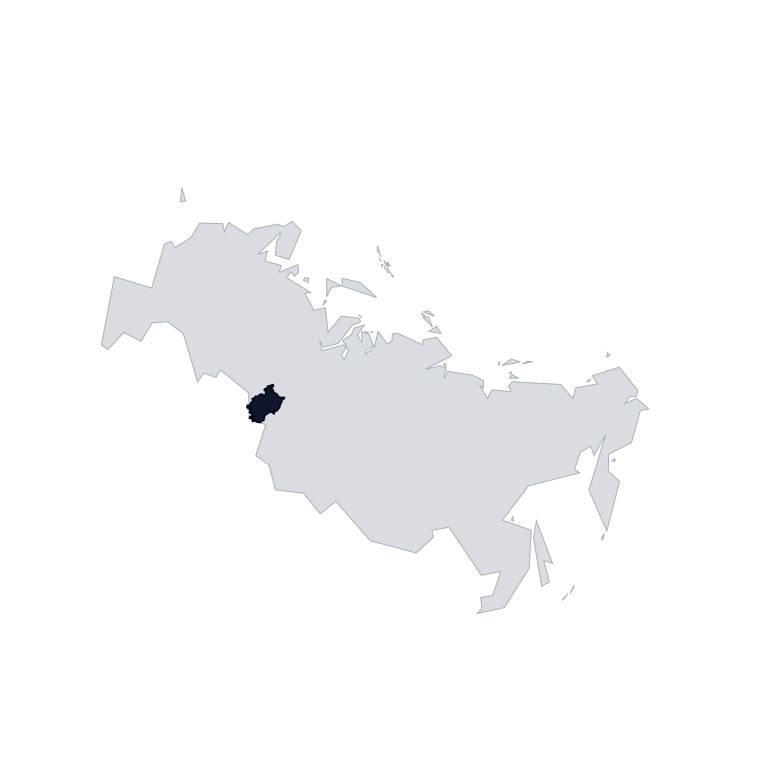 location of Omsk within Russia, rotated 50°
{"feature_id": "RUS-2397", "entity_name": "Omsk", "entity_type": "Region", "adm_level": 1, "iso_a3": "RUS", "parent_name": "Russia", "parent_adm1": "", "projection": "albers", "projection_center": [72.959, 56.006], "detail": "fine", "context": "in_parent", "style": "filled", "palette": "ink", "viewbox_px": 768, "rotation_deg": 50, "n_neighbors": 0, "source": "natural_earth", "source_scale": "10m", "svg_char_len": 8838}
<svg xmlns="http://www.w3.org/2000/svg" viewBox="0 0 768 768"><g transform="rotate(50 384 384)"><path d="M632.6,435.6L619.6,460.3L619.1,453.4L609.7,447.1L615.9,436.7L602.6,414.9L593.2,432.4L535.5,426.2L526.9,441.4L533.1,444.5L534.0,468.1L495.5,495.2L442.9,496.4L442.4,516.3L416.0,515.8L395.2,535.3L372.5,524.3L356.3,528.1L339.2,500.8L323.7,509.1L304.0,493.5L268.2,500.1L270.9,508.5L259.8,515.1L262.5,525.3L216.4,505.4L197.2,509.8L188.1,522.4L195.2,542.6L177.4,550.1L180.0,573.3L172.4,575.4L128.6,521.6L161.1,500.2L135.8,462.5L137.9,455.3L145.2,456.4L147.8,438.0L142.3,421.7L157.5,404.5L165.0,408.4L160.3,399.3L182.3,392.4L181.5,384.2L193.2,362.8L198.9,359.8L200.6,349.5L213.5,349.0L227.7,376.7L215.5,384.4L205.8,374.6L203.9,368.5L201.5,366.3L203.6,397.6L207.1,387.6L213.4,396.2L227.2,386.5L231.1,392.6L237.2,373.2L243.5,377.6L244.0,382.9L237.7,383.8L240.5,390.0L266.7,381.5L263.7,386.3L282.5,390.3L287.9,379.9L308.4,393.6L304.7,373.0L318.0,360.4L321.3,362.1L318.7,371.0L323.5,393.0L317.1,406.6L309.2,405.5L318.8,409.9L327.9,390.1L331.8,389.1L334.4,398.0L339.8,399.0L335.3,389.4L324.0,387.7L325.4,377.4L322.0,371.1L326.2,361.1L329.0,372.3L336.1,374.3L337.9,374.0L329.6,367.5L335.6,363.6L348.0,367.1L346.7,375.6L349.7,379.0L349.2,367.2L340.0,354.8L355.3,355.8L356.4,350.4L351.1,345.5L353.1,341.4L378.6,329.3L375.4,325.6L382.1,313.8L405.9,313.9L399.3,343.0L406.0,329.3L412.0,326.4L416.4,332.7L417.4,333.5L418.3,333.2L415.3,327.0L434.3,310.4L445.4,305.8L451.1,310.5L446.6,311.8L461.4,313.8L457.8,304.9L471.9,291.6L465.7,289.9L464.8,284.2L497.9,249.0L516.7,248.7L510.2,239.7L521.1,220.5L511.6,219.1L522.4,193.0L552.1,193.7L555.5,198.7L551.5,204.0L553.9,212.1L557.3,199.8L573.1,197.3L569.2,204.7L588.0,232.0L582.1,257.1L594.9,268.1L610.2,266.3L639.8,307.8L597.0,295.2L565.1,246.4L573.7,269.0L564.6,265.6L562.4,277.4L571.8,292.6L577.7,291.3L554.9,338.6L564.4,380.9L590.6,365.2L618.5,391.3L632.6,435.6ZM313.2,334.0L282.0,353.0L276.1,348.1L291.0,336.9L313.2,334.0ZM586.8,355.2L629.9,370.3L621.9,375.1L641.9,384.5L640.4,393.3L598.0,368.4L586.8,355.2ZM266.4,360.0L281.4,353.6L276.4,361.7L280.3,371.7L266.4,360.0ZM445.6,281.7L446.8,270.4L454.8,265.3L445.6,281.7ZM360.7,306.9L371.6,310.1L358.4,311.3L360.7,306.9ZM356.4,302.8L364.4,302.0L354.3,307.3L356.4,302.8ZM373.6,306.7L382.0,307.8L372.6,315.9L373.6,306.7ZM457.6,264.9L458.8,259.7L462.7,255.7L457.6,264.9ZM103.5,412.6L116.4,418.3L113.5,422.9L103.5,412.6ZM280.2,303.6L284.9,304.2L275.7,303.2L280.2,303.6ZM459.4,279.8L466.2,277.2L460.0,284.3L459.4,279.8ZM257.4,377.1L252.5,379.0L251.6,376.2L254.6,373.6L257.4,377.1ZM289.0,304.7L293.4,304.7L295.2,306.3L289.0,304.7ZM302.9,307.6L300.6,309.5L297.6,308.1L298.7,306.8L302.9,307.6ZM306.9,308.6L303.5,307.7L308.6,307.8L306.9,308.6ZM283.7,374.5L284.4,380.3L281.8,375.6L283.7,374.5ZM359.0,308.6L356.5,310.7L354.1,309.6L359.0,308.6ZM292.1,302.7L297.4,303.3L295.2,304.4L292.1,302.7ZM507.5,192.6L506.6,196.1L503.5,192.6L507.5,192.6ZM276.9,300.9L279.8,302.7L273.5,300.4L276.9,300.9ZM318.3,358.6L314.1,359.1L318.4,358.2L318.3,358.6ZM407.7,323.9L410.8,325.7L407.3,325.8L407.7,323.9ZM513.0,222.4L513.8,225.6L512.3,226.9L513.0,222.4ZM295.8,309.2L293.6,307.8L297.3,309.4L295.8,309.2ZM296.2,304.7L297.3,306.6L294.6,304.9L296.2,304.7ZM660.2,367.5L662.3,370.3L664.1,376.1L660.2,367.5ZM291.7,308.1L293.0,310.0L290.9,309.3L291.7,308.1ZM335.3,363.0L332.3,364.7L331.6,364.5L335.3,363.0ZM591.6,256.0L589.8,259.1L589.0,255.5L591.6,256.0ZM456.9,278.5L458.1,280.9L456.2,280.5L456.9,278.5ZM568.6,370.8L572.3,372.8L570.2,374.0L568.6,370.8ZM640.1,311.4L644.1,316.7L642.2,317.0L640.1,311.4ZM287.8,307.5L285.6,307.4L285.0,306.7L287.8,307.5ZM336.9,358.5L336.4,361.0L335.8,360.3L336.9,358.5ZM443.0,282.0L443.2,284.1L441.1,281.8L443.0,282.0ZM663.7,385.3L662.9,377.6L664.5,385.9L663.7,385.3Z" fill="#d9dde1" stroke="#a8b0b8" stroke-width="1"/><path d="M313.4,499.0L313.0,498.8L312.9,498.6L312.8,498.0L312.6,497.8L312.6,497.7L312.8,497.3L312.7,497.1L312.8,496.7L312.8,496.3L312.7,496.0L312.0,495.0L312.0,494.9L312.2,494.6L311.7,494.4L311.2,494.6L310.6,494.6L310.8,494.1L310.6,493.8L310.7,493.5L311.0,493.0L311.6,492.9L311.9,492.2L311.7,491.9L311.4,491.9L311.1,491.6L311.0,491.4L311.1,491.2L311.2,490.8L311.2,490.6L311.3,490.6L311.7,490.5L311.9,490.5L312.0,490.3L312.0,490.2L311.9,490.2L311.3,490.3L310.9,490.2L310.8,489.9L311.0,489.8L312.0,489.8L312.3,489.6L312.5,489.3L312.6,488.8L312.7,488.2L312.6,487.9L312.4,487.8L312.3,487.5L312.5,487.3L312.5,487.2L312.4,487.1L312.2,487.0L312.2,486.8L312.5,486.5L312.9,486.4L312.9,486.2L312.9,485.9L312.6,485.5L312.3,485.6L312.2,485.5L312.3,485.4L312.4,485.2L312.6,485.2L313.0,485.2L313.3,485.0L313.4,484.9L313.6,484.7L313.7,484.1L313.5,483.8L313.4,483.7L313.6,483.6L314.0,483.8L314.4,483.8L314.8,483.9L314.9,483.5L315.0,483.4L315.3,483.6L315.6,483.4L315.8,482.9L316.1,482.7L316.1,482.0L315.9,481.7L315.7,481.5L314.9,480.8L314.3,479.8L313.9,479.7L313.8,479.4L314.0,479.4L313.9,479.1L313.8,478.8L313.8,478.7L313.4,478.6L313.2,478.7L312.6,478.8L312.3,479.2L312.4,479.3L312.5,479.4L312.4,479.6L312.2,479.8L311.7,479.7L311.9,479.4L311.5,479.2L311.3,478.9L311.0,478.2L312.1,477.2L312.2,476.8L312.1,476.7L311.8,476.7L311.7,476.7L311.7,475.8L311.4,475.7L311.3,475.3L311.1,475.2L311.2,474.8L311.1,474.6L311.1,474.4L311.0,474.2L311.2,473.8L311.3,473.6L313.1,469.4L313.4,469.3L313.7,469.5L314.0,469.5L314.2,470.1L314.4,470.1L314.7,470.4L314.9,470.6L314.7,470.8L314.5,472.3L314.5,472.5L314.6,472.9L314.6,473.0L315.2,472.8L315.5,473.0L316.0,472.8L317.6,472.7L317.9,472.9L318.2,473.4L318.3,473.4L319.6,473.4L319.8,473.5L321.2,473.6L321.5,473.3L321.6,473.1L321.7,472.8L322.1,472.5L326.7,472.6L327.9,471.5L328.4,471.3L328.4,471.2L328.6,470.8L329.1,470.3L329.5,470.2L329.5,469.9L330.3,469.0L331.2,469.7L331.2,470.0L330.3,470.8L330.2,470.8L330.9,471.8L330.8,472.0L330.4,472.4L330.3,472.6L332.4,474.0L332.5,476.1L332.9,476.2L333.2,476.5L333.8,478.1L334.2,478.0L334.3,478.1L334.9,479.2L334.9,479.5L335.3,480.8L335.3,481.3L335.6,481.8L335.6,482.1L335.8,483.0L335.7,483.3L335.4,483.7L335.3,484.0L334.8,484.1L334.7,484.6L334.3,485.0L334.1,485.0L334.0,485.4L334.2,485.5L334.3,485.5L334.4,485.2L334.7,485.3L334.9,485.2L335.3,485.4L335.3,485.5L335.1,485.7L335.2,486.4L335.6,486.6L335.7,486.8L336.0,486.9L336.1,487.0L336.2,487.4L335.9,487.5L335.5,487.7L335.4,487.5L335.2,487.6L334.8,487.5L334.7,487.9L333.8,487.9L333.6,488.1L333.5,488.4L332.9,488.6L332.7,489.0L331.9,489.9L331.8,490.1L331.8,490.3L332.1,490.5L332.1,490.8L331.5,491.1L331.1,490.9L330.9,491.0L331.2,491.2L331.2,491.4L331.6,491.7L331.2,492.1L331.4,492.4L331.9,492.4L332.0,492.5L332.0,492.8L331.4,493.3L331.3,493.6L331.1,493.8L331.4,494.1L331.4,494.3L331.6,494.5L331.8,494.8L331.9,495.3L331.8,495.7L331.8,495.8L332.0,495.9L332.1,496.2L332.3,496.2L332.5,496.5L332.4,496.8L332.2,497.3L332.3,497.4L332.4,497.5L332.9,497.5L333.1,497.6L333.0,497.9L333.0,498.1L333.3,498.2L333.7,498.2L333.8,498.4L334.0,499.1L334.4,499.1L334.4,499.3L334.6,499.7L334.5,499.9L334.4,500.2L334.0,500.3L333.9,500.4L334.1,503.7L333.7,503.8L333.1,503.8L332.6,504.1L332.9,504.7L331.1,506.1L330.5,505.9L330.1,505.9L330.0,506.0L329.8,506.5L329.4,506.6L329.3,507.1L328.5,507.2L328.4,507.2L328.4,507.4L328.4,507.8L328.5,508.0L328.3,508.8L328.2,508.9L327.7,508.5L327.7,508.4L327.7,508.2L327.5,507.9L327.1,507.9L327.0,508.1L326.8,508.1L326.7,508.1L326.7,507.7L326.0,507.6L325.5,507.9L325.2,507.8L324.8,507.8L324.8,508.2L324.5,508.2L324.3,508.6L323.7,509.2L323.4,509.0L323.6,508.5L322.9,508.1L323.0,507.8L322.9,507.7L322.9,507.4L323.0,507.3L323.2,507.2L323.3,506.5L323.4,506.4L323.8,506.3L323.6,506.1L323.8,505.8L324.0,505.7L324.7,505.9L324.8,505.8L324.9,505.7L325.0,505.5L325.2,504.3L324.9,504.4L324.9,504.2L324.6,504.2L324.6,504.5L324.2,504.7L324.2,504.8L324.2,505.1L323.8,505.0L323.6,505.0L323.5,505.3L322.1,504.9L321.9,504.5L321.7,504.4L321.7,504.0L321.5,503.8L321.3,503.9L320.1,503.7L319.9,503.8L319.7,504.0L319.5,504.4L320.1,504.4L320.4,504.8L320.4,505.1L319.8,504.9L319.4,505.4L319.3,505.5L319.0,505.5L318.9,505.4L319.2,504.6L318.9,504.3L318.9,504.0L319.1,504.1L319.2,503.9L319.4,503.9L319.5,503.7L318.6,503.4L318.8,503.0L318.8,502.9L318.7,502.8L318.5,502.7L318.4,502.4L318.1,502.0L318.0,501.9L317.5,501.8L317.4,501.9L317.4,502.0L317.7,502.3L317.6,502.7L317.6,503.0L317.8,503.1L318.0,503.2L318.1,503.4L318.1,503.6L317.8,503.8L317.7,503.7L317.3,503.1L317.2,502.9L316.2,502.8L316.0,503.1L316.0,503.6L315.9,503.7L315.6,503.9L315.3,503.7L314.9,503.9L314.8,503.5L314.8,503.3L314.2,503.1L313.7,503.8L313.4,503.9L313.1,503.4L312.9,503.2L313.0,502.9L313.0,502.6L312.6,502.5L312.6,502.3L312.6,502.1L312.9,502.1L313.3,502.2L313.6,502.2L313.6,501.6L313.5,501.4L313.5,501.2L313.4,500.9L313.4,500.3L313.5,500.1L313.6,499.9L313.9,499.8L314.0,499.7L313.9,499.4L313.7,499.0L313.4,499.0ZM312.1,488.8L312.3,488.7L312.3,488.8L312.2,489.1L312.1,488.8ZM312.0,489.3L311.9,489.5L311.8,489.4L312.0,489.3Z" fill="#0f172a" stroke="#020617" stroke-width="1.5"/></g></svg>